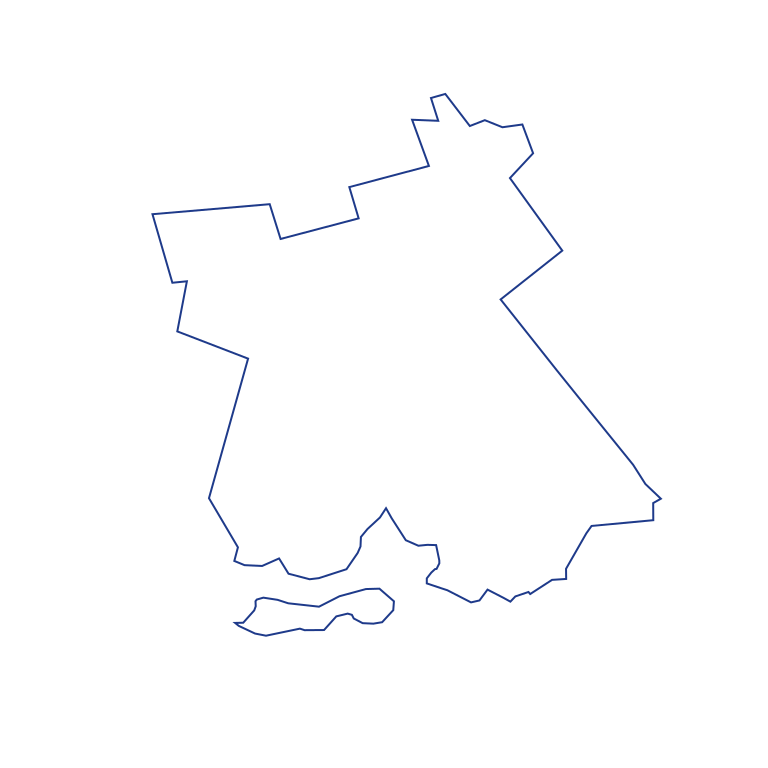 the district of Waldo, Maine, United States of America, rotated 63°
{"feature_id": "52423323B44726132031324", "entity_name": "Waldo", "entity_type": "district", "adm_level": 2, "iso_a3": "USA", "parent_name": "United States of America", "parent_adm1": "Maine", "projection": "robinson", "projection_center": [-69.016, 44.486], "detail": "fine", "context": "isolated", "style": "outline", "palette": "blue", "viewbox_px": 768, "rotation_deg": 63, "n_neighbors": 0, "source": "geoboundaries", "source_scale": "gbopen_adm2", "svg_char_len": 1426}
<svg xmlns="http://www.w3.org/2000/svg" viewBox="0 0 768 768"><g transform="rotate(63 384 384)"><path d="M627.6,205.9L612.3,198.2L611.9,189.4L591.8,196.5L569.1,198.7L484.2,216.7L450.3,223.8L361.6,241.7L346.1,164.6L301.6,171.5L257.7,178.3L246.1,146.4L215.6,142.9L209.0,161.9L194.7,174.4L193.1,190.4L153.4,197.7L150.5,212.3L174.1,216.2L161.3,239.0L210.1,245.0L192.8,325.5L224.9,331.4L207.8,410.3L171.9,404.2L127.6,513.2L197.7,526.6L203.0,513.0L243.3,544.3L299.7,493.6L406.3,591.8L463.2,588.3L473.7,597.7L482.1,590.5L490.8,575.2L491.8,556.7L498.7,556.1L509.7,555.2L524.2,538.9L527.4,530.2L532.0,501.5L522.6,484.2L518.1,478.7L509.8,474.0L505.7,464.5L501.1,448.2L495.6,438.6L507.2,438.1L525.1,436.3L533.1,435.5L543.7,426.8L547.0,418.4L551.2,410.7L566.2,414.8L568.9,416.1L572.6,421.1L572.1,422.6L573.5,427.5L576.6,434.1L581.1,436.4L592.4,425.3L596.5,421.2L618.1,405.6L620.2,397.2L614.2,385.1L628.8,374.6L635.3,370.2L632.9,363.4L634.9,349.7L637.5,349.1L634.8,323.2L640.4,310.2L631.3,305.7L608.9,271.5L604.7,263.5L627.6,205.9ZM518.3,595.2L519.2,597.1L523.8,599.2L526.8,602.4L532.8,617.8L529.3,625.1L533.6,623.2L547.8,612.2L554.7,603.4L563.8,570.0L567.3,566.5L576.0,549.1L569.4,532.0L572.1,520.6L575.1,517.4L579.2,517.4L587.4,511.6L592.7,502.3L595.4,493.8L589.7,478.4L582.1,473.8L564.3,481.0L558.5,493.2L552.9,520.0L552.9,543.0L535.9,568.9L528.0,576.8L519.6,588.5L518.3,595.2Z" fill="none" stroke="#1e3a8a" stroke-width="2"/></g></svg>